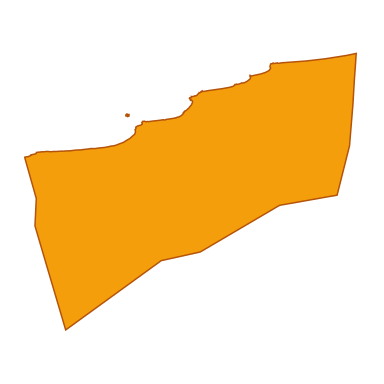 Santiago Astata, Oaxaca, Mexico, rotated 179°
{"feature_id": "50627088B52540056379408", "entity_name": "Santiago Astata", "entity_type": "district", "adm_level": 2, "iso_a3": "MEX", "parent_name": "Mexico", "parent_adm1": "Oaxaca", "projection": "mercator", "projection_center": [-95.599, 15.985], "detail": "fine", "context": "isolated", "style": "filled", "palette": "amber", "viewbox_px": 384, "rotation_deg": 179, "n_neighbors": 0, "source": "geoboundaries", "source_scale": "gbopen_adm2", "svg_char_len": 3395}
<svg xmlns="http://www.w3.org/2000/svg" viewBox="0 0 384 384"><g transform="rotate(179 192 192)"><path d="M25.4,327.7L35.3,325.8L57.1,322.8L75.6,321.0L91.4,320.1L96.8,319.8L100.2,319.6L102.7,319.2L103.6,319.2L104.3,319.3L104.5,319.6L104.9,319.4L105.7,319.4L106.8,319.2L107.6,319.0L108.1,319.3L108.7,319.6L109.6,318.8L110.7,318.9L111.1,318.6L111.6,317.2L111.9,315.8L111.2,314.5L112.0,313.2L113.3,311.8L116.7,310.2L121.3,308.8L127.9,307.5L130.5,307.0L131.4,307.1L131.9,307.6L132.1,307.1L131.9,306.2L131.4,305.7L132.0,304.0L134.7,301.9L137.6,300.4L139.7,300.0L140.3,300.3L141.6,299.6L143.2,299.1L145.1,298.8L145.6,299.1L146.6,298.5L147.1,298.8L148.0,297.7L149.1,296.9L152.6,296.0L160.0,294.8L173.9,293.1L177.9,292.4L178.0,292.4L179.5,292.4L180.0,293.0L180.4,292.7L180.1,292.3L180.8,291.9L181.1,292.3L181.4,292.1L181.4,291.7L182.7,291.0L183.1,291.2L183.2,290.8L183.7,290.5L185.2,288.9L185.8,288.4L186.4,288.1L187.4,288.1L187.6,287.9L188.0,287.9L188.6,287.7L190.1,287.3L190.4,287.2L190.5,287.3L191.0,287.5L191.0,287.3L191.0,286.7L191.3,286.4L192.0,286.3L192.4,286.3L192.8,286.1L192.9,285.8L192.9,285.4L192.3,284.9L192.0,284.4L192.0,284.0L191.8,284.0L191.7,283.8L191.3,284.2L190.6,283.4L190.4,283.4L189.9,282.7L190.0,281.2L190.5,280.5L190.8,279.7L191.3,278.8L192.9,277.1L193.9,275.7L194.7,275.2L196.0,273.9L197.3,273.1L197.5,273.2L197.8,273.1L198.0,272.9L198.7,272.1L198.5,271.7L199.1,271.1L199.4,271.2L199.5,270.9L199.3,270.5L200.2,269.7L201.4,268.5L204.3,267.1L204.6,267.2L205.9,266.9L206.4,266.5L207.5,266.4L207.7,266.1L208.9,266.1L210.5,265.8L215.9,265.1L218.5,264.4L219.2,264.8L222.8,264.3L226.6,263.9L227.5,263.8L229.3,263.7L231.0,263.5L234.2,263.1L235.3,263.3L236.4,263.0L237.5,263.3L238.2,263.6L239.2,263.5L239.9,263.6L240.2,263.1L240.8,262.6L240.6,262.4L240.7,262.1L240.9,262.0L240.9,261.9L240.6,261.6L240.5,261.1L240.8,260.5L242.4,259.6L243.8,259.4L244.5,259.0L245.3,259.0L246.2,258.4L247.1,257.8L246.8,257.0L247.1,256.3L247.9,255.1L247.5,254.5L247.5,253.0L248.3,250.7L250.1,249.3L253.2,246.6L256.8,244.6L259.5,242.9L262.6,241.8L264.6,241.1L266.6,240.3L268.8,239.7L271.4,239.3L272.7,239.3L273.7,238.9L278.5,238.1L284.5,237.6L288.2,237.1L292.7,237.2L294.9,236.8L296.3,236.7L299.7,236.4L302.8,236.0L306.5,236.0L313.4,235.3L316.7,235.3L319.5,235.1L323.5,235.1L326.3,234.9L330.6,234.9L331.9,234.7L336.4,235.1L339.5,234.8L342.1,234.8L343.2,234.6L344.7,234.5L346.0,234.4L346.9,234.2L347.1,233.3L347.8,232.9L349.7,232.4L350.8,232.3L351.8,232.0L352.3,232.0L352.3,231.5L354.1,230.6L355.9,230.1L356.6,230.1L358.6,229.7L358.4,228.4L347.8,188.2L349.6,160.9L338.7,121.3L320.7,56.3L224.0,123.9L184.8,131.9L107.3,175.7L104.5,177.2L81.0,180.9L62.9,183.8L47.0,186.3L33.7,235.4L29.5,277.5L29.2,281.7L27.7,301.4L26.4,315.8L25.6,325.3L25.4,327.7ZM253.8,269.0L253.7,269.2L253.7,269.3L253.7,269.5L253.8,269.7L253.9,269.9L253.8,270.0L253.6,270.1L253.6,270.5L253.9,270.5L254.2,270.6L254.4,270.6L254.5,270.5L254.6,270.3L254.8,270.0L255.2,269.9L255.3,269.9L255.6,269.9L255.6,270.0L255.6,270.3L255.5,270.5L255.4,270.7L255.4,270.9L255.5,271.1L255.9,271.1L256.1,271.0L256.2,270.8L256.4,270.6L256.5,270.4L256.8,270.1L256.7,269.9L256.6,269.7L256.8,269.3L256.8,269.2L256.6,269.0L256.4,269.0L256.2,269.0L255.9,269.2L255.6,269.3L255.4,269.5L255.3,269.4L255.2,269.2L255.2,268.9L255.1,268.7L255.0,268.8L254.8,268.9L254.6,268.8L254.3,268.8L253.9,268.8L253.8,269.0Z" fill="#f59e0b" stroke="#b45309" stroke-width="1.5"/></g></svg>